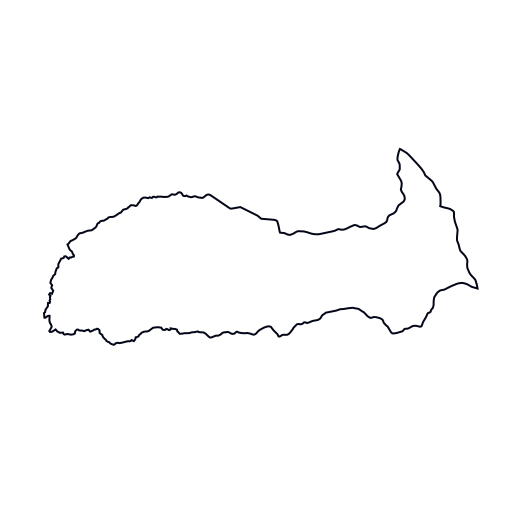 Othaya, Central, Kenya, rotated 174°
{"feature_id": "3690345B44721723206287", "entity_name": "Othaya", "entity_type": "district", "adm_level": 2, "iso_a3": "KEN", "parent_name": "Kenya", "parent_adm1": "Central", "projection": "mercator", "projection_center": [36.828, -0.553], "detail": "fine", "context": "isolated", "style": "outline", "palette": "ink", "viewbox_px": 512, "rotation_deg": 174, "n_neighbors": 0, "source": "geoboundaries", "source_scale": "gbopen_adm2", "svg_char_len": 6094}
<svg xmlns="http://www.w3.org/2000/svg" viewBox="0 0 512 512"><g transform="rotate(174 256 256)"><path d="M103.1,344.7L104.4,341.2L105.2,337.8L105.2,336.6L103.8,333.2L103.6,332.2L103.7,329.7L104.0,327.2L104.7,326.0L106.2,324.2L107.0,322.6L103.8,315.5L103.6,314.3L103.5,313.0L103.9,310.5L105.0,306.8L104.3,304.6L102.6,301.4L102.2,300.2L102.0,297.8L102.3,296.6L102.9,295.5L103.7,294.6L108.9,291.5L110.9,288.4L111.8,286.3L113.6,284.7L114.7,284.0L119.1,282.5L120.0,281.7L120.9,280.7L121.7,278.3L122.8,276.2L125.1,275.0L129.5,273.2L133.8,271.1L136.3,270.6L140.5,271.8L143.3,273.8L144.3,274.1L145.8,274.1L149.3,273.9L150.2,274.3L152.5,275.8L153.7,276.3L155.2,276.5L157.8,275.6L158.8,275.4L163.0,273.8L165.7,273.1L168.2,273.2L171.2,274.1L172.2,273.9L174.5,273.0L176.6,272.6L190.8,271.1L193.1,271.2L196.0,271.7L198.7,272.5L202.2,274.1L205.7,275.4L210.8,276.2L212.0,276.2L213.2,275.9L216.9,274.2L219.9,273.4L222.2,274.0L225.3,275.8L229.6,276.7L229.9,277.7L230.5,284.3L231.0,287.1L231.3,288.4L232.3,289.3L233.6,289.9L235.3,290.3L246.9,292.5L250.3,296.0L266.5,306.3L274.6,305.7L276.1,305.7L277.1,306.2L295.2,321.5L296.6,322.1L297.9,322.1L298.9,321.8L302.4,319.6L303.6,319.4L307.6,320.4L310.0,321.7L311.7,321.8L313.2,321.3L314.8,321.3L317.7,322.5L318.8,323.4L319.9,323.0L321.2,323.1L322.4,323.8L322.9,325.3L323.7,326.5L324.9,327.3L326.5,327.3L328.8,325.8L330.4,325.4L333.3,326.2L336.7,324.3L337.9,324.1L342.1,324.4L344.2,325.0L345.4,325.0L347.8,325.4L348.5,324.8L349.6,324.8L351.1,325.6L352.3,325.6L353.5,324.6L355.8,325.5L357.0,324.8L359.6,325.6L361.8,325.8L364.1,324.7L365.0,323.7L366.3,321.8L368.0,320.3L368.7,319.1L370.2,318.3L372.5,319.2L374.9,319.6L376.0,319.1L376.8,318.2L377.8,317.9L378.6,317.0L380.0,316.4L382.4,316.1L383.4,315.8L386.0,313.2L387.2,313.1L390.8,311.1L392.4,310.4L393.7,309.9L397.3,310.0L398.8,309.7L399.7,308.8L403.8,307.0L405.9,307.1L407.0,306.8L407.9,306.2L408.6,305.4L409.7,305.1L410.5,304.4L411.4,302.5L412.2,301.5L413.3,300.7L416.6,298.8L420.8,298.7L424.3,297.8L425.6,297.3L429.3,296.9L431.0,295.4L433.1,292.6L435.8,291.3L439.1,290.1L441.0,288.0L442.3,287.2L440.8,282.4L440.1,281.1L438.7,279.8L437.8,277.0L437.0,275.8L437.2,274.5L438.7,274.4L440.1,273.8L441.7,274.0L442.6,272.8L443.6,273.6L444.4,274.9L445.5,275.7L446.7,275.6L447.4,274.3L448.7,273.9L450.0,273.8L453.3,268.8L453.6,267.5L453.6,266.3L453.8,265.3L455.4,264.6L457.2,261.0L457.6,259.0L459.7,257.5L460.7,255.7L462.3,253.6L463.3,250.7L461.8,248.2L462.5,246.8L462.9,245.6L461.3,242.7L462.8,239.8L463.7,240.3L464.7,240.6L465.8,239.3L464.5,237.9L465.3,236.7L465.1,234.6L465.9,233.5L465.6,232.2L466.1,230.9L467.7,231.1L468.0,229.8L468.2,227.8L470.9,224.6L471.6,222.2L472.8,221.4L472.9,216.8L471.9,216.6L470.2,217.7L468.9,218.2L467.6,218.1L467.8,215.9L468.1,214.6L468.2,212.8L467.9,210.9L467.1,209.5L466.6,207.4L466.9,206.4L469.4,203.0L468.9,202.1L467.8,201.9L466.5,202.1L463.0,203.9L461.4,201.6L460.1,200.9L459.4,200.2L455.8,199.9L455.7,198.8L454.7,197.9L453.3,197.9L451.9,198.2L448.2,197.1L445.8,197.2L444.2,197.9L444.0,199.2L443.3,200.4L441.8,201.5L440.6,201.4L439.5,200.4L436.7,200.0L434.7,199.2L432.3,200.0L430.3,200.2L428.8,198.1L426.0,198.9L424.5,199.7L423.1,199.7L421.7,200.3L420.6,199.9L419.4,198.4L419.6,195.9L418.9,195.1L417.2,193.6L416.9,192.4L416.3,191.0L415.3,189.6L414.1,188.4L413.6,187.2L412.4,186.2L411.0,185.6L410.4,184.7L409.5,183.9L407.0,182.6L405.9,182.8L404.9,183.7L403.8,184.1L402.3,184.1L400.8,183.6L397.5,183.9L394.6,184.4L393.5,184.4L392.5,184.7L391.0,184.4L389.6,184.5L388.5,185.4L386.4,184.1L385.6,184.9L384.4,186.5L384.2,187.7L383.0,187.8L381.3,188.3L380.4,189.7L379.0,190.5L377.9,191.6L375.4,192.4L373.9,192.5L372.9,192.3L370.6,192.6L365.9,195.4L361.9,195.5L360.3,195.3L357.7,194.6L356.7,192.6L355.1,192.0L353.7,192.2L352.9,192.9L351.6,192.4L350.5,191.5L349.5,191.5L348.6,191.9L348.4,193.0L346.2,192.2L344.1,191.9L342.3,191.0L342.1,189.2L341.3,188.6L340.7,187.4L339.9,186.6L337.1,186.5L335.6,186.7L330.3,186.3L328.0,186.8L324.3,186.7L321.8,187.1L320.9,186.3L316.0,185.4L314.1,183.9L311.4,180.7L310.2,179.7L308.9,179.7L304.1,181.0L302.8,180.8L301.7,180.8L299.2,181.7L297.6,183.0L295.3,183.5L294.3,183.2L292.8,183.5L291.3,183.2L288.7,181.4L287.6,181.0L285.8,181.0L283.5,182.6L282.4,182.6L281.4,181.8L278.2,180.8L274.8,180.3L273.1,180.4L270.5,179.7L267.1,178.1L265.7,178.1L264.6,178.5L263.6,179.2L262.0,180.8L260.0,182.1L255.7,183.9L252.3,184.7L250.9,184.7L249.7,184.5L248.6,184.0L246.3,180.2L242.7,175.8L242.4,174.4L241.5,173.4L239.8,173.8L238.5,174.6L237.3,174.8L233.4,174.4L231.8,174.9L229.7,176.6L226.9,179.6L226.3,180.6L222.6,183.7L221.5,183.9L220.4,183.9L219.0,183.4L217.3,183.6L216.1,184.2L215.3,184.9L213.9,184.9L212.4,184.0L210.5,184.3L206.6,185.5L201.2,185.9L199.3,186.7L198.3,187.5L196.6,189.8L195.9,190.4L193.7,191.5L192.7,192.3L182.0,193.3L178.7,194.1L177.2,194.3L174.8,194.1L170.0,194.4L165.3,194.4L162.2,193.4L160.7,193.1L159.3,192.5L156.0,189.7L154.8,188.9L152.5,186.1L151.6,184.7L149.2,182.7L147.7,182.5L145.1,183.0L142.9,182.6L139.4,181.3L137.4,180.0L136.7,179.1L136.3,178.1L136.1,176.8L135.5,175.6L133.4,172.9L132.5,172.2L129.6,165.9L128.5,164.8L127.4,164.6L124.2,164.7L118.4,165.8L117.2,166.6L116.4,167.6L115.4,168.0L113.2,167.9L111.9,168.1L107.4,170.0L105.4,170.0L103.6,169.7L100.6,168.6L99.6,168.5L98.6,169.1L96.7,172.9L93.1,177.8L91.6,180.5L90.7,181.4L89.6,181.5L88.2,182.3L87.5,184.0L85.5,186.0L84.5,188.6L84.1,192.1L83.4,195.3L82.8,196.7L81.3,198.5L80.6,199.5L79.2,200.9L76.9,202.3L75.5,202.6L72.1,202.9L65.6,205.4L60.7,206.9L58.5,207.5L55.0,207.8L53.0,207.5L50.5,206.6L48.7,205.7L44.7,202.8L39.1,200.5L39.3,203.9L40.2,208.8L40.8,210.1L44.5,215.0L45.6,217.2L47.1,222.2L46.9,226.0L46.4,228.0L46.3,229.3L46.5,230.6L47.7,233.6L49.0,235.6L52.1,239.6L52.7,241.9L53.3,246.4L54.2,249.4L54.4,250.8L54.2,253.3L52.8,260.6L53.0,262.4L54.6,269.3L55.0,274.1L54.7,276.7L54.6,279.0L55.1,280.1L57.8,282.3L60.0,283.3L64.4,284.8L67.6,286.3L67.1,288.1L66.8,290.4L66.4,295.3L66.5,297.8L67.1,299.9L69.7,304.1L72.3,310.7L73.4,312.4L79.2,318.4L80.4,322.0L82.6,325.9L86.6,331.5L93.7,340.9L95.5,342.8L100.8,346.9L101.7,347.4L103.1,344.7Z" fill="none" stroke="#020617" stroke-width="2"/></g></svg>